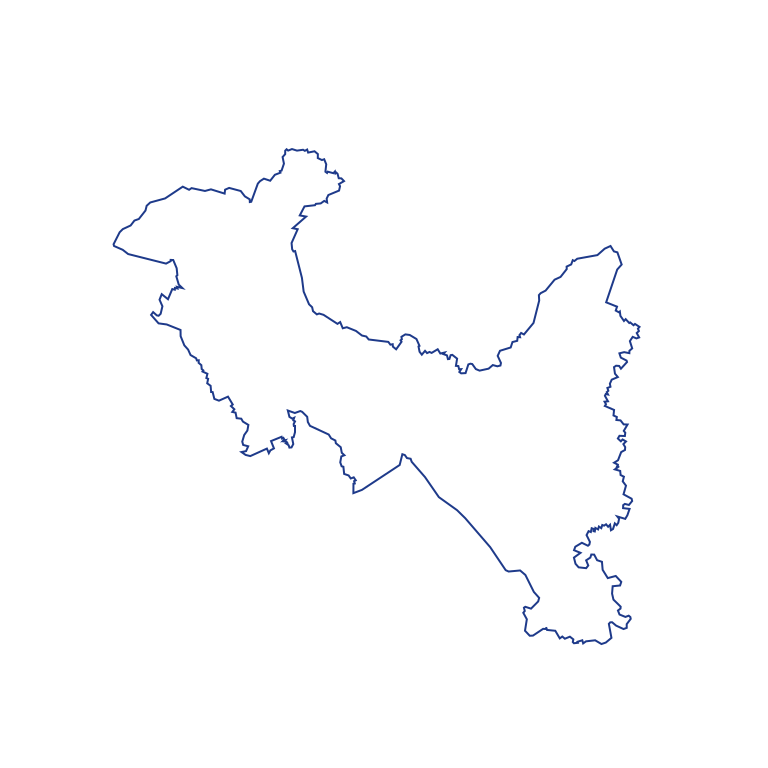 outline of San Felipe Orizatlán, Hidalgo, Mexico, rotated 104°
{"feature_id": "50627088B21617615218202", "entity_name": "San Felipe Orizatlán", "entity_type": "district", "adm_level": 2, "iso_a3": "MEX", "parent_name": "Mexico", "parent_adm1": "Hidalgo", "projection": "albers", "projection_center": [-98.581, 21.246], "detail": "fine", "context": "isolated", "style": "outline", "palette": "blue", "viewbox_px": 768, "rotation_deg": 104, "n_neighbors": 0, "source": "geoboundaries", "source_scale": "gbopen_adm2", "svg_char_len": 6158}
<svg xmlns="http://www.w3.org/2000/svg" viewBox="0 0 768 768"><g transform="rotate(104 384 384)"><path d="M415.8,563.1L416.8,557.8L421.2,557.8L421.5,555.9L426.1,555.7L427.7,551.8L433.6,549.8L433.3,548.3L439.5,545.0L440.1,540.1L434.0,532.3L440.5,525.8L442.4,527.2L444.7,523.1L447.8,524.4L447.7,521.1L452.8,518.7L452.2,514.1L454.6,511.8L456.5,505.7L462.2,505.3L467.3,507.3L474.2,507.6L477.2,505.9L477.3,500.7L482.5,501.6L484.5,505.8L486.3,501.1L486.3,496.3L475.0,482.0L479.0,479.0L475.9,478.2L473.1,475.2L466.7,479.8L460.0,470.6L461.6,469.7L460.6,468.6L461.9,467.3L463.5,468.2L462.4,466.1L463.9,466.9L463.6,464.6L464.6,463.5L465.4,464.6L466.5,461.7L468.6,460.4L467.9,458.4L464.2,457.5L458.1,460.4L457.4,458.8L452.3,458.7L446.2,460.2L446.5,461.3L444.7,462.0L441.8,461.3L441.2,463.2L438.5,463.0L439.8,464.6L438.8,467.8L433.0,470.9L433.7,463.5L430.5,458.7L430.8,456.7L434.4,450.6L439.3,448.7L442.5,445.7L446.4,425.4L449.5,422.2L450.6,417.5L453.1,416.4L455.8,410.7L461.0,408.3L462.7,405.2L464.6,407.9L470.6,407.5L474.1,405.2L474.1,403.4L480.9,400.9L481.3,396.2L483.7,393.4L481.9,390.8L484.3,388.1L485.5,389.5L487.6,388.3L488.2,389.5L497.3,387.3L492.1,379.8L458.8,349.2L447.7,349.2L447.9,346.6L450.3,343.8L450.1,340.1L452.8,338.3L464.4,321.7L480.5,303.4L488.7,282.7L494.5,272.8L516.6,241.5L535.2,220.9L535.8,217.7L532.0,206.8L535.1,200.6L549.5,188.3L554.0,181.7L557.7,181.8L566.4,187.0L566.0,193.0L567.2,194.1L570.2,192.5L572.3,193.5L577.7,188.5L589.3,187.5L593.0,181.7L592.1,178.6L583.1,170.4L582.5,167.4L581.6,167.6L581.5,167.4L583.2,166.3L582.0,158.1L588.3,151.9L585.9,149.9L587.4,146.9L584.2,142.5L586.0,138.5L588.7,138.4L589.6,137.0L588.2,133.3L587.3,133.9L584.7,129.6L587.5,128.0L584.8,125.7L581.6,117.1L583.7,110.1L581.2,106.2L575.3,101.9L562.3,107.8L560.5,106.8L560.0,105.0L562.3,100.3L563.8,92.3L561.9,89.5L558.3,90.4L552.2,87.8L550.5,88.6L549.6,90.5L551.6,93.4L550.7,99.7L547.2,102.2L544.7,100.2L542.8,100.5L537.7,109.2L532.2,112.0L524.9,113.2L522.4,106.2L518.6,105.9L514.2,112.7L518.2,119.9L511.4,126.9L503.8,129.5L503.4,134.6L498.7,138.8L499.3,141.6L502.5,141.8L506.2,145.2L510.7,141.9L513.8,143.3L514.8,150.8L512.1,154.7L506.5,157.7L500.3,152.5L499.3,159.4L495.6,159.0L490.2,153.6L491.6,147.0L490.1,145.9L487.4,146.0L481.6,150.9L477.3,149.9L477.6,147.5L473.7,147.6L473.9,145.5L476.1,145.1L476.1,143.8L472.5,144.1L473.3,141.1L470.3,141.0L471.3,138.3L468.0,138.1L468.2,136.2L466.4,134.6L468.3,132.0L465.9,130.6L471.0,128.4L469.3,126.7L463.4,126.3L464.7,124.1L462.0,123.1L457.9,123.3L456.1,125.6L456.5,117.3L452.5,116.1L445.8,115.5L446.6,122.0L443.7,122.6L442.1,121.3L442.1,117.1L437.5,114.9L435.4,116.0L433.1,124.9L424.1,124.6L420.7,128.8L415.9,128.8L415.1,132.4L411.2,133.8L411.0,139.3L407.0,136.0L408.0,138.0L405.7,137.6L404.7,141.7L401.4,138.5L392.7,137.4L389.7,134.2L386.9,134.7L384.4,137.2L381.2,135.3L380.1,139.1L382.3,140.3L380.3,143.9L377.3,143.0L376.2,137.7L372.9,138.1L371.5,140.0L364.4,137.9L365.2,141.7L362.1,145.7L362.7,149.8L359.7,150.1L359.0,153.7L353.5,154.5L351.9,164.4L349.9,163.7L347.8,165.7L346.6,162.5L342.0,166.8L340.1,166.4L340.0,164.1L338.0,165.9L336.3,164.7L333.8,166.3L331.9,163.6L329.1,164.9L324.7,164.1L320.7,158.8L318.1,162.4L312.0,164.9L310.1,163.2L309.6,160.2L311.8,157.8L303.9,153.5L302.6,154.3L301.1,160.6L297.3,163.0L295.0,158.7L294.7,153.4L292.4,153.9L289.4,151.8L282.9,155.8L278.1,154.1L278.7,150.1L277.1,147.7L273.4,151.1L270.9,149.5L268.9,151.0L266.8,149.9L265.0,155.0L266.6,156.1L264.7,160.0L265.5,160.8L262.6,165.2L264.8,166.4L260.7,171.1L256.6,172.7L257.6,173.4L256.7,176.9L252.6,176.6L251.0,188.2L216.5,185.4L210.6,182.3L199.8,189.4L199.7,193.0L195.3,197.6L199.3,202.6L207.3,208.1L215.7,226.8L218.6,229.0L218.2,230.8L222.7,231.3L225.9,235.2L228.3,234.5L237.4,238.6L241.5,243.7L254.3,249.8L258.0,254.0L260.3,255.2L265.5,253.6L288.6,253.7L302.1,260.2L301.3,263.3L303.8,264.4L305.7,263.3L306.1,265.7L309.9,265.2L312.2,269.5L317.9,269.9L323.7,279.5L329.2,280.5L335.3,275.6L337.9,275.5L339.4,278.3L339.3,283.0L343.8,286.2L347.9,294.5L347.3,298.5L343.3,303.2L343.4,305.1L344.6,306.9L353.7,307.5L355.0,311.7L354.1,313.8L350.9,312.7L351.5,314.7L348.6,316.2L349.0,318.6L341.7,319.2L339.2,324.8L339.9,326.3L343.9,326.6L344.4,328.0L341.0,329.8L340.6,333.7L338.8,332.8L340.8,336.7L337.3,340.3L342.3,345.3L341.9,347.6L343.6,349.7L341.9,352.2L346.4,354.4L344.1,357.3L339.2,359.6L338.4,358.8L332.5,363.4L330.2,370.9L330.7,375.3L334.0,378.5L336.3,377.5L337.6,378.5L338.8,377.2L347.4,380.6L345.6,384.4L343.3,385.2L344.3,387.3L342.1,390.0L344.5,409.6L342.2,412.7L342.3,417.1L339.3,424.0L337.9,433.8L339.9,437.5L334.5,441.5L336.9,443.7L331.5,459.4L331.3,464.0L332.7,466.0L330.5,470.5L326.9,472.3L324.8,476.0L313.8,484.3L300.9,489.3L276.5,502.4L277.3,503.9L275.5,505.7L269.6,507.8L254.7,505.2L254.9,510.2L240.4,500.1L240.8,506.5L230.9,504.1L227.2,494.2L225.7,493.7L224.1,489.1L220.8,486.3L221.6,483.1L218.0,484.5L214.1,483.7L207.2,474.4L202.7,474.5L200.9,476.1L196.8,471.9L194.8,475.1L195.3,477.7L191.3,479.9L190.4,481.4L191.4,482.1L189.6,483.0L191.7,484.1L191.6,490.0L193.0,490.3L192.2,492.2L184.8,493.2L180.4,496.4L181.7,498.4L180.8,502.9L176.9,503.8L175.0,507.7L177.8,513.6L175.1,515.3L176.9,517.2L176.3,519.2L178.6,524.9L178.3,530.1L180.7,533.5L179.8,535.3L181.5,536.3L184.9,535.5L188.3,537.3L194.4,534.4L201.7,535.0L202.6,536.6L204.0,535.6L207.4,540.5L214.3,543.6L213.8,550.2L217.2,553.4L220.1,554.9L239.3,556.9L239.9,558.2L237.3,559.0L235.6,564.4L231.4,569.7L231.2,581.7L233.9,585.2L237.8,584.7L237.0,599.0L240.0,604.4L240.5,618.1L242.7,620.1L241.2,627.0L256.9,641.3L264.4,654.7L268.5,657.4L273.4,657.4L283.2,661.8L285.8,665.7L291.5,668.2L296.9,674.9L300.7,677.2L313.8,680.2L315.4,679.3L317.0,670.0L319.8,663.7L319.9,624.6L316.4,620.7L315.2,621.0L314.7,618.5L321.8,613.2L328.4,610.8L329.7,611.6L337.2,607.2L339.7,602.8L339.8,608.5L341.3,607.5L341.4,610.1L343.1,609.8L343.1,612.4L354.0,614.1L350.6,621.4L356.5,622.2L362.2,617.8L369.9,617.7L372.3,619.2L372.4,621.0L370.1,625.4L373.3,626.7L379.7,617.4L378.8,609.2L380.8,594.5L386.8,592.9L394.8,587.1L398.0,582.4L402.7,578.7L404.5,572.5L406.4,571.3L405.8,569.5L408.3,569.0L409.9,565.8L413.6,564.5L414.5,562.6L415.8,563.1Z" fill="none" stroke="#1e3a8a" stroke-width="2"/></g></svg>